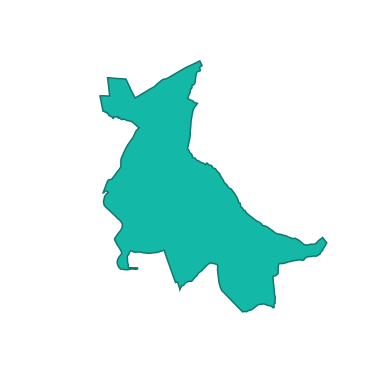 outline of Apetatitlán de Antonio Carvajal, Tlaxcala, Mexico, rotated 154°
{"feature_id": "50627088B98647454285357", "entity_name": "Apetatitlán de Antonio Carvajal", "entity_type": "district", "adm_level": 2, "iso_a3": "MEX", "parent_name": "Mexico", "parent_adm1": "Tlaxcala", "projection": "natural_earth1", "projection_center": [-98.195, 19.35], "detail": "fine", "context": "isolated", "style": "filled", "palette": "teal", "viewbox_px": 384, "rotation_deg": 154, "n_neighbors": 0, "source": "geoboundaries", "source_scale": "gbopen_adm2", "svg_char_len": 6019}
<svg xmlns="http://www.w3.org/2000/svg" viewBox="0 0 384 384"><g transform="rotate(154 192 192)"><path d="M246.5,117.9L244.4,117.6L245.4,110.6L245.7,110.0L245.8,109.5L245.2,110.0L244.1,110.9L243.4,111.4L243.0,111.6L241.8,112.0L240.5,111.8L238.5,112.8L238.2,112.9L236.9,113.3L236.5,113.2L234.2,113.2L231.6,111.9L230.4,112.3L226.8,114.0L224.8,114.4L223.1,115.6L220.9,116.5L217.4,117.0L216.1,117.8L214.3,118.3L211.8,119.2L208.6,120.2L206.2,120.1L201.2,115.9L201.1,115.6L201.1,115.2L202.0,112.8L202.3,112.5L203.4,110.4L205.4,104.6L207.5,98.5L208.3,94.3L208.4,90.4L199.1,62.1L197.9,61.8L196.5,61.2L195.4,60.4L193.1,60.6L191.9,60.5L190.6,60.1L189.4,60.1L185.6,60.9L183.5,61.4L182.1,61.6L180.7,61.5L178.8,60.7L176.5,59.9L175.7,59.3L173.9,57.1L172.3,55.8L171.3,55.2L170.9,54.7L170.5,54.0L169.9,52.4L169.3,52.2L168.6,52.6L168.3,53.2L168.2,53.7L167.9,54.3L167.7,55.0L166.8,55.6L165.8,55.8L165.7,56.7L165.1,57.8L164.5,58.7L164.1,59.4L163.9,59.7L163.7,60.2L163.3,60.9L162.9,62.6L163.0,63.3L162.2,64.9L161.8,65.8L161.3,67.6L160.5,69.4L160.2,70.5L159.6,71.6L159.3,72.7L158.5,75.3L158.2,75.7L157.6,77.1L156.5,80.2L156.0,80.9L155.6,80.8L154.6,80.3L153.9,80.2L152.9,80.2L151.8,80.5L150.6,80.9L150.2,81.2L149.8,82.1L148.6,84.3L147.1,87.3L146.2,88.6L145.8,88.8L144.9,89.2L144.4,89.2L143.2,88.5L141.7,87.9L140.6,87.6L139.5,87.6L138.4,87.0L137.2,87.1L135.0,86.7L131.4,85.8L128.7,85.0L128.1,85.0L126.7,84.3L125.6,84.2L124.4,83.7L124.0,83.1L123.4,82.7L122.4,82.1L121.7,81.9L120.9,82.0L119.7,82.9L118.5,83.1L117.0,83.1L115.7,82.8L112.1,81.4L111.0,81.2L110.3,80.9L108.8,80.0L108.3,79.8L104.3,80.1L103.1,81.0L102.5,81.4L101.8,81.7L100.5,82.1L99.3,83.2L97.8,84.1L93.2,87.1L93.3,88.2L93.6,89.2L94.5,93.9L96.0,93.4L97.0,93.4L98.5,93.1L100.1,92.7L101.5,92.0L103.6,91.5L105.1,91.5L108.0,93.0L110.9,93.5L112.1,94.0L112.9,94.5L114.3,95.7L115.0,97.1L116.0,99.5L116.5,100.6L116.9,101.4L117.7,102.7L118.8,104.2L119.7,105.3L120.7,105.5L121.6,105.9L122.5,106.5L125.3,109.5L126.2,110.8L128.0,112.6L129.3,113.3L129.8,114.2L131.1,115.2L132.2,115.9L133.7,117.2L135.1,118.6L137.0,122.9L138.4,125.1L139.6,127.5L141.0,129.3L141.8,129.6L142.6,130.4L143.3,131.6L143.6,132.8L144.3,134.7L145.2,136.0L146.5,137.6L147.3,138.9L150.8,146.0L152.4,149.9L152.5,152.3L153.4,152.8L153.8,155.9L154.6,156.9L154.6,158.0L154.0,158.9L153.7,161.0L154.2,161.5L154.8,162.2L154.2,163.4L154.2,165.8L154.0,167.4L154.2,170.2L154.7,173.3L155.4,177.3L156.0,178.2L156.8,178.9L157.5,181.2L157.6,183.8L158.5,185.1L158.9,187.2L158.7,187.8L158.7,188.7L159.1,191.6L159.2,194.4L159.1,196.1L159.5,197.6L160.0,198.9L160.5,200.4L160.7,202.5L162.6,204.5L162.8,205.0L162.7,206.2L162.8,206.9L163.0,207.4L165.0,208.9L165.4,209.8L165.4,210.6L165.7,211.3L166.1,211.6L166.6,211.5L168.0,210.6L168.6,212.0L169.4,213.2L170.6,214.2L171.4,215.2L172.1,216.7L172.8,217.3L173.6,218.2L174.1,219.6L174.4,221.0L176.0,222.5L176.1,223.0L176.1,223.6L175.7,225.9L175.8,226.5L176.1,227.1L176.6,228.0L176.6,230.1L176.6,231.6L176.8,232.8L176.7,233.5L176.0,234.3L175.0,235.3L174.3,236.4L171.4,239.9L170.1,241.8L168.8,243.7L168.5,244.1L167.9,245.4L166.8,247.5L163.2,253.5L162.8,254.2L162.5,254.7L162.0,255.7L160.8,257.5L156.8,263.0L155.0,265.1L153.2,266.7L148.3,269.2L150.1,271.1L150.8,271.7L151.1,272.1L151.3,273.6L152.9,275.2L154.8,277.6L154.2,278.6L152.4,280.5L150.6,281.7L147.9,285.3L147.2,285.1L146.2,285.8L145.7,287.3L144.6,287.9L144.0,287.7L143.7,287.6L143.1,287.8L141.9,288.5L141.1,289.2L138.6,293.2L135.6,297.4L135.0,297.6L131.3,297.4L130.5,300.8L127.6,301.2L127.5,306.4L136.4,306.4L142.7,306.6L149.9,306.1L164.3,305.0L166.4,305.3L168.1,305.8L169.9,305.8L174.0,304.8L176.8,304.1L179.3,303.2L184.8,302.9L198.4,301.7L201.8,301.5L202.0,303.8L202.1,306.4L201.9,322.5L211.2,327.8L217.8,331.8L220.8,322.9L224.0,314.4L226.0,315.4L229.4,317.3L232.1,318.6L232.6,318.7L236.3,304.6L236.6,303.9L235.4,302.7L235.1,301.9L234.8,301.5L234.5,301.2L233.6,300.8L233.5,300.4L233.7,300.0L233.7,299.8L233.6,299.5L233.0,298.8L232.7,298.7L232.8,298.3L233.1,297.6L232.9,296.9L232.7,296.6L232.4,296.2L231.5,295.4L231.3,295.2L231.0,294.3L230.9,293.4L230.7,292.7L230.3,292.6L229.7,293.7L229.1,293.9L228.8,293.8L227.6,292.7L226.4,292.3L225.9,292.3L225.7,292.2L225.4,291.8L225.4,291.5L225.5,291.3L225.9,291.2L225.9,290.9L225.3,290.3L225.0,290.4L224.6,290.3L224.4,289.9L224.4,289.4L223.9,288.7L223.1,287.8L222.3,287.5L221.7,287.5L221.4,287.3L220.9,287.0L220.3,286.4L219.6,285.3L218.5,284.4L217.2,283.4L215.3,281.6L214.7,280.7L213.8,278.7L213.6,277.8L212.8,276.1L212.4,274.7L212.0,273.9L211.9,273.5L211.7,273.2L211.4,272.9L211.7,272.6L213.1,272.4L214.3,271.9L215.3,271.5L216.9,270.3L220.6,267.3L221.7,266.6L228.8,262.7L232.8,260.0L238.5,255.3L241.5,252.6L243.1,249.5L244.1,247.4L244.5,246.6L245.0,246.0L245.8,245.3L247.1,244.5L250.7,242.8L253.8,241.1L258.2,238.9L258.6,238.8L259.2,238.9L261.2,239.3L262.0,239.4L262.7,239.1L265.7,236.5L270.5,231.9L272.3,230.2L271.6,229.9L271.2,230.1L270.4,230.8L269.8,231.1L269.4,230.9L268.7,230.5L268.1,229.8L267.7,229.0L267.6,228.2L269.4,228.0L272.6,226.2L275.7,222.3L276.4,220.3L276.7,218.3L276.3,216.6L274.3,211.6L271.2,203.2L270.5,200.9L269.5,199.0L268.8,195.9L268.7,194.2L268.9,193.2L269.5,192.2L270.2,191.1L271.2,189.9L273.3,188.7L275.6,187.5L277.6,186.7L278.1,186.2L281.3,184.5L282.2,183.8L282.5,182.7L282.3,176.7L282.0,174.7L281.7,171.6L281.7,169.3L281.8,168.3L282.2,167.7L283.2,166.9L286.2,165.5L288.4,163.9L290.1,161.7L290.6,159.7L290.8,158.0L290.8,156.6L290.5,155.2L289.9,154.1L288.7,153.2L284.6,150.6L279.5,149.1L276.7,147.3L274.8,146.6L274.6,147.1L274.2,147.6L276.3,148.9L277.0,149.0L277.4,149.2L278.8,150.1L281.5,151.4L282.1,151.7L282.2,151.8L282.2,152.1L282.2,152.4L281.1,154.7L280.8,156.7L280.5,157.6L279.1,160.6L278.4,162.6L278.3,162.9L277.2,163.2L276.6,163.5L275.6,164.2L274.2,165.4L273.5,165.8L272.5,166.0L271.5,164.7L270.4,163.3L269.2,162.7L266.4,161.6L265.4,161.0L264.1,160.2L263.3,159.6L262.9,159.0L262.6,158.8L259.4,156.9L258.1,156.1L256.6,155.3L254.5,154.7L250.1,153.1L248.8,152.8L244.3,152.2L242.5,151.8L243.5,145.1L246.5,117.9Z" fill="#14b8a6" stroke="#0f766e" stroke-width="1.5"/></g></svg>